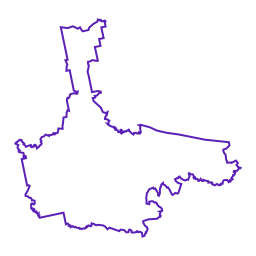 Zirņu pag., Saldus, Latvia (orthographic projection)
{"feature_id": "27541924B62939624969676", "entity_name": "Zirņu pag.", "entity_type": "district", "adm_level": 2, "iso_a3": "LVA", "parent_name": "Latvia", "parent_adm1": "Saldus", "projection": "orthographic", "projection_center": [22.269, 56.702], "detail": "fine", "context": "isolated", "style": "outline", "palette": "violet", "viewbox_px": 256, "rotation_deg": 0, "n_neighbors": 0, "source": "geoboundaries", "source_scale": "gbopen_adm2", "svg_char_len": 5835}
<svg xmlns="http://www.w3.org/2000/svg" viewBox="0 0 256 256"><path d="M97.9,19.5L97.3,21.7L93.7,23.7L89.2,27.6L88.5,30.0L83.1,31.2L82.7,31.3L81.6,30.1L80.0,27.3L77.9,28.7L72.8,26.3L67.8,28.1L60.8,27.2L67.6,59.8L65.4,60.2L67.3,64.7L66.8,65.5L66.4,70.8L69.7,70.2L73.8,90.5L76.7,92.0L77.7,91.6L77.5,93.0L77.0,93.8L73.9,93.3L70.4,94.1L69.7,95.7L69.6,96.9L68.5,98.2L67.8,97.7L67.2,98.2L66.8,100.5L69.0,110.8L67.6,110.3L66.6,112.5L66.5,116.9L63.5,117.5L62.9,123.9L62.5,125.8L62.6,128.8L58.4,128.5L57.9,132.5L56.8,133.1L54.7,133.1L55.1,134.1L54.8,134.4L54.1,134.4L53.8,133.3L53.6,133.1L52.2,134.6L51.2,135.1L49.0,135.0L48.7,135.3L48.8,135.8L45.6,134.6L43.8,136.5L41.7,137.1L40.4,139.5L41.5,140.9L40.7,142.2L41.7,143.1L41.5,143.8L41.2,144.6L39.5,145.6L39.2,146.5L37.0,148.4L36.2,146.0L35.8,145.9L35.8,145.3L35.1,144.7L33.9,145.2L33.7,145.7L33.8,146.6L31.6,147.2L31.0,146.8L31.2,145.4L30.8,144.9L25.9,146.8L25.6,145.9L23.5,144.2L24.2,143.6L21.5,141.0L21.7,140.2L20.1,139.7L19.4,139.9L18.9,140.6L17.3,141.6L17.1,142.3L16.0,142.5L15.4,143.6L18.4,145.1L17.7,146.7L17.5,147.9L19.3,150.0L18.7,150.0L18.7,151.6L19.1,152.1L23.4,152.9L24.0,155.3L23.5,155.7L23.6,157.1L25.6,156.1L25.9,157.6L26.0,158.2L21.7,159.1L27.1,185.5L28.8,185.2L29.7,186.0L27.8,190.4L25.4,194.6L25.6,195.9L28.3,196.6L29.3,197.8L30.7,197.8L31.5,198.9L32.0,200.4L32.7,200.2L34.6,200.7L34.5,201.2L34.9,202.8L34.2,204.3L33.5,204.4L32.3,203.4L31.2,203.9L31.2,208.2L31.6,208.2L31.7,208.7L32.0,208.8L32.0,208.5L32.6,208.5L32.5,209.0L32.9,208.9L33.0,210.0L33.8,209.6L33.7,210.0L34.0,210.0L33.8,210.4L33.8,211.1L34.5,210.8L35.1,211.9L36.0,211.4L36.3,212.1L35.7,211.9L36.3,212.8L37.1,213.4L37.5,213.0L38.1,214.4L38.4,214.1L38.2,215.0L38.6,215.1L38.4,215.3L38.6,215.5L38.6,216.1L39.2,216.2L38.9,216.7L39.3,217.7L39.0,217.9L63.5,212.7L65.9,224.2L66.7,223.6L67.9,223.6L68.7,224.5L68.4,224.7L68.6,225.1L69.6,225.3L69.4,225.5L69.7,225.5L69.7,226.0L70.1,225.9L70.3,226.5L70.5,226.1L71.7,226.8L71.8,226.3L72.8,226.1L74.5,227.3L75.5,226.9L76.1,227.4L78.0,228.0L79.3,227.9L79.7,228.6L80.0,228.3L81.4,229.1L83.5,228.3L84.7,228.7L85.9,227.9L85.7,227.6L85.8,227.2L86.6,227.1L86.4,226.6L87.3,225.9L87.8,226.4L89.0,225.4L90.4,226.3L91.0,226.2L91.6,225.2L91.5,223.7L91.7,223.3L92.5,223.8L93.6,223.8L96.1,225.3L97.9,224.8L103.0,225.4L105.0,226.4L107.5,229.3L109.5,227.7L120.1,231.4L119.4,230.7L120.7,229.6L123.5,230.0L124.4,230.3L126.3,232.3L128.2,232.2L128.7,231.6L128.7,230.7L129.1,229.8L129.8,229.6L130.6,229.9L131.6,230.9L131.5,232.2L132.6,232.7L136.6,232.1L136.6,231.4L137.0,231.1L138.7,232.2L139.4,231.7L140.4,231.9L141.9,232.7L142.5,236.5L144.7,235.6L144.8,234.3L145.3,233.4L146.2,233.0L145.9,231.9L146.8,231.3L147.5,229.5L147.6,228.6L147.1,228.1L147.0,227.2L144.9,225.6L143.3,222.8L143.1,221.2L148.0,219.4L157.2,218.7L158.5,217.4L160.3,216.8L160.6,215.7L159.8,215.3L160.0,214.3L159.9,213.6L160.5,212.8L160.4,211.8L159.7,211.5L162.2,210.8L161.9,208.9L160.9,207.6L158.5,206.3L158.2,205.5L157.3,204.8L157.0,204.0L157.1,203.6L155.3,202.2L154.5,202.6L152.7,201.2L151.2,201.3L149.2,201.7L149.3,204.2L146.5,203.6L146.5,199.8L146.2,198.3L146.9,193.1L147.6,192.3L149.1,189.4L153.2,187.6L154.0,188.9L155.2,188.4L158.5,194.0L158.0,194.6L158.0,195.2L158.9,195.8L159.7,194.0L160.0,191.9L159.8,189.9L160.1,188.4L160.5,187.8L160.4,187.0L161.1,186.2L161.3,184.5L163.1,183.0L163.3,184.4L165.3,185.4L167.1,187.7L167.9,187.3L169.5,189.5L171.7,194.1L172.6,195.0L175.3,192.9L177.7,193.6L178.3,193.1L181.3,184.0L178.0,182.9L176.0,181.3L175.0,179.3L176.9,178.1L177.9,178.4L178.4,177.9L178.7,176.8L179.5,176.5L181.1,178.5L183.5,179.8L185.3,180.5L187.1,179.5L188.1,179.8L189.6,176.3L188.7,173.7L189.1,173.1L190.8,174.3L192.7,174.3L193.8,176.4L194.7,176.7L194.7,177.0L193.6,177.6L193.9,178.4L195.2,178.1L195.4,178.4L195.3,178.8L195.7,179.1L196.2,178.6L197.6,179.1L198.2,180.8L198.9,180.9L199.0,180.3L200.2,179.9L200.6,179.0L202.1,181.1L203.1,181.0L203.1,180.2L203.4,179.7L205.5,180.7L208.0,181.0L208.3,182.4L208.8,182.0L209.6,182.6L212.0,182.4L212.3,182.7L212.3,183.8L212.1,183.9L212.3,184.3L213.1,184.8L214.3,184.8L214.8,185.3L217.0,183.9L218.6,185.2L219.5,185.2L220.8,184.8L220.4,184.2L220.7,183.8L222.7,183.6L222.7,182.2L223.4,180.7L224.1,180.1L227.1,180.0L227.6,180.8L228.3,181.2L228.7,182.1L229.0,181.9L228.9,181.1L229.8,180.2L230.6,181.2L231.2,180.0L232.6,179.3L231.4,178.1L233.1,176.1L233.1,175.0L234.5,174.8L235.2,172.7L233.7,172.0L234.0,171.0L237.1,170.8L239.1,168.3L240.4,168.3L240.6,167.9L238.2,167.1L236.5,164.9L237.9,163.1L236.0,160.6L231.8,162.7L231.8,162.4L227.1,162.7L226.9,161.0L226.2,159.8L225.5,154.5L224.3,153.3L223.3,151.0L223.4,149.5L226.3,148.6L229.5,145.4L228.9,142.2L205.1,139.7L178.3,134.4L167.2,132.9L157.0,130.6L149.9,127.3L140.7,124.8L139.0,125.2L140.1,125.8L140.5,126.8L140.0,128.2L140.7,131.0L140.8,132.3L140.0,133.6L139.3,133.6L139.4,132.4L138.9,132.1L138.3,133.1L137.0,133.5L136.2,132.9L134.1,132.9L133.8,134.4L133.3,134.6L129.9,131.7L128.8,129.6L128.4,129.8L128.5,130.6L128.3,130.8L126.8,130.7L126.1,131.5L125.0,131.2L124.5,131.9L123.6,131.6L122.5,133.0L121.3,133.5L120.4,132.5L121.9,130.4L121.4,129.8L120.7,129.8L120.7,130.9L118.5,132.2L118.1,131.9L117.7,130.3L115.1,129.7L115.1,129.3L116.0,129.0L116.1,128.5L115.2,128.2L115.1,127.5L114.0,127.7L113.8,126.9L112.4,126.9L108.3,124.9L107.5,123.9L108.5,124.2L108.5,121.9L109.3,120.7L107.5,119.5L105.0,119.0L105.0,117.9L106.1,115.5L106.7,115.4L107.5,112.1L105.7,113.1L102.8,112.0L100.7,107.4L93.7,101.2L92.7,98.1L95.3,97.5L95.3,96.6L94.8,95.9L97.2,95.4L99.1,93.1L100.9,92.7L100.8,91.6L97.8,91.0L92.0,92.1L88.6,75.4L87.6,71.9L88.9,65.5L88.1,64.2L88.0,61.8L89.9,61.5L92.4,60.1L96.6,60.9L97.8,60.7L94.9,47.0L100.5,45.9L99.1,39.0L103.6,38.1L101.3,27.4L105.6,26.5L104.6,21.7L105.4,21.6L105.4,21.1L104.9,21.1L104.5,20.6L102.8,21.3L101.7,21.1L101.1,20.3L100.9,20.8L99.9,19.9L99.2,20.2L97.9,19.5Z" fill="none" stroke="#5b21b6" stroke-width="2"/></svg>